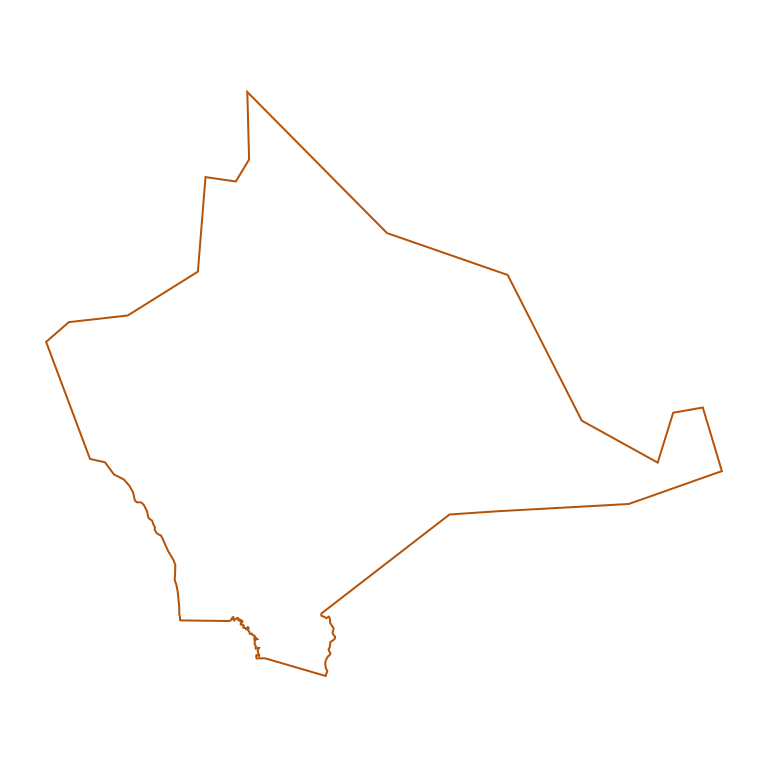 the district of Magwi, Eastern Equatoria, South Sudan
{"feature_id": "79223893B80026525075144", "entity_name": "Magwi", "entity_type": "district", "adm_level": 2, "iso_a3": "SSD", "parent_name": "South Sudan", "parent_adm1": "Eastern Equatoria", "projection": "natural_earth1", "projection_center": [32.092, 3.938], "detail": "fine", "context": "isolated", "style": "outline", "palette": "amber", "viewbox_px": 768, "rotation_deg": 0, "n_neighbors": 0, "source": "geoboundaries", "source_scale": "gbopen_adm2", "svg_char_len": 2305}
<svg xmlns="http://www.w3.org/2000/svg" viewBox="0 0 768 768"><path d="M90.0,458.9L105.0,462.3L114.0,474.5L123.9,479.5L129.5,485.9L133.1,492.4L134.8,500.2L136.6,502.2L141.3,502.5L143.8,504.9L147.3,511.9L147.7,515.0L148.6,518.0L150.1,519.3L152.1,520.6L153.4,524.5L155.0,527.4L154.7,529.7L156.4,532.9L158.1,534.2L160.9,535.5L162.1,537.6L165.3,544.8L168.2,551.2L173.5,560.1L175.3,565.0L175.1,573.7L174.7,579.5L175.1,581.4L176.2,584.1L177.6,591.1L178.5,599.2L179.2,606.3L179.3,613.9L180.0,617.3L180.0,620.0L180.4,620.4L228.8,621.0L230.5,620.6L231.6,619.0L232.5,617.4L233.3,617.1L233.4,618.0L233.3,619.1L233.7,620.0L234.3,620.4L234.7,619.2L235.9,619.1L236.6,618.3L237.3,617.9L238.3,618.2L238.3,619.0L238.2,620.0L239.3,620.5L239.9,621.0L240.0,619.8L241.1,620.1L241.5,620.8L242.3,621.1L242.4,621.9L241.3,622.4L240.8,623.7L240.7,624.4L241.3,624.8L242.3,624.5L243.4,625.0L243.8,626.1L243.2,626.8L243.3,627.7L244.3,627.9L245.3,628.0L246.1,629.2L246.7,628.8L247.7,627.2L248.6,627.6L248.5,628.6L247.6,629.4L248.5,630.8L249.3,631.6L249.5,632.4L249.8,633.1L249.8,633.8L250.5,633.8L251.8,633.7L252.2,634.2L252.4,634.8L253.3,635.3L254.4,635.6L254.9,636.3L254.4,637.0L254.3,638.5L254.4,639.2L254.9,638.9L255.7,638.0L256.7,638.4L257.2,639.0L256.3,639.0L256.0,639.5L255.3,640.3L254.8,640.9L254.7,642.3L254.8,643.2L254.6,644.3L255.6,645.6L255.8,646.4L255.6,647.1L255.5,647.9L255.8,648.6L257.1,648.3L258.2,647.7L259.1,647.9L258.6,648.8L258.1,649.5L257.8,650.7L257.8,651.8L258.3,653.0L258.7,654.2L259.1,655.1L259.1,655.9L258.2,655.7L257.3,655.1L256.4,655.1L256.3,655.9L256.2,657.2L256.6,658.4L265.0,658.3L325.6,676.0L326.5,673.4L327.3,670.9L325.8,668.2L325.4,664.9L325.3,662.2L326.2,659.5L327.1,657.8L328.1,656.3L329.1,655.6L330.2,654.2L330.4,653.2L329.0,650.7L328.6,649.1L329.6,647.8L330.4,642.0L333.5,640.0L335.0,638.3L335.0,636.5L333.6,635.1L332.8,633.6L332.5,632.2L333.4,629.9L333.5,628.1L332.0,625.8L330.1,623.0L330.1,620.2L329.5,617.6L328.8,616.6L327.4,617.5L326.4,618.1L323.0,616.3L321.7,616.0L321.2,615.0L321.5,613.4L449.5,514.5L498.3,511.2L628.7,504.0L716.1,473.1L721.9,471.2L702.8,407.5L673.2,412.7L657.7,462.6L581.8,420.7L507.7,275.0L387.0,233.1L247.3,92.0L249.1,159.5L235.8,181.5L205.5,177.1L197.9,271.6L127.7,315.5L68.9,322.1L46.1,341.9L48.3,347.7L90.0,458.9Z" fill="none" stroke="#b45309" stroke-width="2"/></svg>